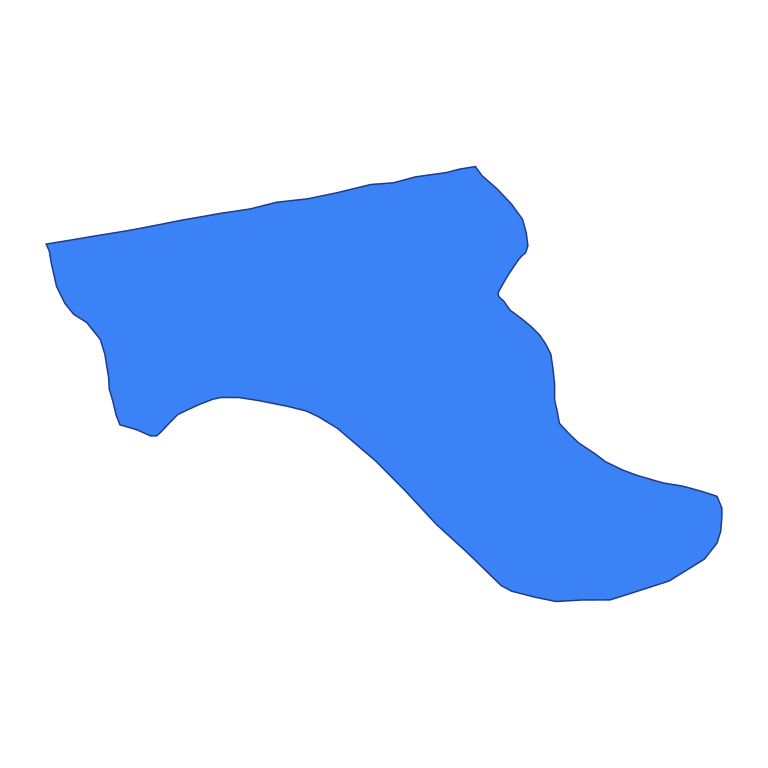 Al-Faw, Al-Basrah, Iraq
{"feature_id": "34846034B64994125853328", "entity_name": "Al-Faw", "entity_type": "district", "adm_level": 2, "iso_a3": "IRQ", "parent_name": "Iraq", "parent_adm1": "Al-Basrah", "projection": "albers", "projection_center": [48.282, 30.044], "detail": "fine", "context": "isolated", "style": "filled", "palette": "blue", "viewbox_px": 768, "rotation_deg": 0, "n_neighbors": 0, "source": "geoboundaries", "source_scale": "gbopen_adm2", "svg_char_len": 1407}
<svg xmlns="http://www.w3.org/2000/svg" viewBox="0 0 768 768"><path d="M46.1,244.1L49.2,250.8L51.2,262.8L56.5,286.3L64.9,303.5L73.8,314.4L86.6,322.4L100.4,339.6L104.8,354.0L108.7,378.0L109.2,388.9L112.6,400.3L116.0,414.6L119.9,424.8L136.8,429.8L150.6,435.9L156.5,435.9L160.7,432.3L168.7,423.7L177.7,414.6L187.8,409.7L200.0,404.2L212.7,399.3L220.7,397.5L238.7,397.5L258.8,400.6L286.9,406.2L306.5,411.1L318.2,416.6L337.3,428.2L353.3,441.9L376.0,461.3L405.7,491.3L436.4,524.4L467.8,553.1L491.1,575.8L501.2,585.6L511.9,591.3L534.6,597.1L556.0,601.5L582.4,600.0L610.1,599.9L637.8,591.1L669.3,580.9L704.4,559.1L717.0,543.1L720.7,531.4L721.9,516.9L721.9,508.2L717.1,496.4L715.5,495.8L702.2,491.5L682.6,486.1L664.0,483.1L655.0,480.6L636.4,475.2L622.0,469.7L605.6,461.8L595.0,453.8L578.5,442.8L571.2,435.8L569.0,433.7L559.4,423.3L557.3,411.6L554.6,400.0L554.6,384.1L553.0,368.8L550.8,354.1L545.5,343.7L539.7,335.1L531.2,326.6L522.2,319.2L510.0,310.1L503.6,300.9L499.9,297.8L498.3,295.4L498.3,292.3L503.1,283.7L508.4,274.6L516.3,262.9L518.9,259.2L521.6,256.2L525.8,252.5L527.9,245.8L526.3,232.9L522.6,219.4L511.5,204.1L497.7,189.5L481.8,175.4L476.0,167.4L475.4,166.5L469.5,167.5L459.2,169.2L446.1,172.6L415.3,176.9L393.4,182.8L370.7,184.5L336.2,192.9L306.9,198.9L276.9,202.2L249.8,209.0L222.0,213.1L183.1,219.9L153.8,225.7L127.4,230.7L96.7,235.7L46.1,244.1Z" fill="#3b82f6" stroke="#1e3a8a" stroke-width="1.5"/></svg>